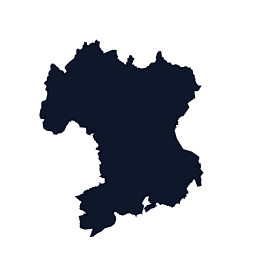 Tepatitlán de Morelos, Jalisco, Mexico, rotated 344°
{"feature_id": "50627088B2236724736063", "entity_name": "Tepatitlán de Morelos", "entity_type": "district", "adm_level": 2, "iso_a3": "MEX", "parent_name": "Mexico", "parent_adm1": "Jalisco", "projection": "natural_earth1", "projection_center": [-102.733, 20.817], "detail": "fine", "context": "isolated", "style": "filled", "palette": "ink", "viewbox_px": 256, "rotation_deg": 344, "n_neighbors": 0, "source": "geoboundaries", "source_scale": "gbopen_adm2", "svg_char_len": 5754}
<svg xmlns="http://www.w3.org/2000/svg" viewBox="0 0 256 256"><g transform="rotate(344 128 128)"><path d="M59.9,192.2L60.0,192.8L63.0,194.8L63.2,195.7L64.3,195.9L64.7,200.1L62.0,198.9L61.5,200.1L57.0,199.8L56.6,206.5L55.8,206.8L55.9,208.2L55.1,209.4L55.1,210.5L56.3,210.4L56.6,211.9L58.1,212.0L58.7,213.1L67.3,214.4L66.7,215.4L66.7,216.5L65.1,217.9L64.9,219.1L64.5,219.1L62.5,221.8L65.0,222.0L66.0,221.0L66.7,221.2L70.0,219.7L70.3,220.0L73.9,219.3L78.1,217.2L84.8,217.3L88.2,215.9L90.7,212.6L91.1,209.9L90.1,206.8L90.4,204.5L91.4,204.7L91.8,203.7L92.3,203.5L93.0,203.7L92.6,204.3L94.2,205.1L95.1,206.6L96.4,207.4L96.5,208.6L98.1,209.3L98.6,209.1L98.9,209.9L99.9,209.4L100.2,209.9L102.7,209.5L103.2,208.8L103.8,209.2L104.3,208.8L104.7,209.5L106.4,209.4L108.3,211.5L111.4,213.0L111.6,214.1L112.2,213.0L113.6,213.3L116.4,213.1L116.6,212.5L117.5,213.5L117.5,212.7L119.9,209.5L121.2,207.0L120.3,205.6L120.0,203.6L126.2,198.0L126.4,198.4L128.3,198.5L129.9,198.0L129.8,200.0L128.1,203.0L128.3,203.7L129.7,204.6L129.0,205.6L130.5,206.6L130.5,207.2L129.4,208.5L128.2,208.0L126.9,208.4L125.3,208.1L124.6,209.1L123.4,209.1L122.1,210.0L122.6,213.3L127.5,211.3L131.5,211.2L131.7,209.6L132.5,209.5L132.5,210.3L133.2,210.4L132.9,210.0L133.0,208.0L135.7,206.8L137.5,208.6L138.1,210.1L140.1,209.8L143.7,212.0L144.8,213.2L145.9,212.9L146.6,214.0L147.5,214.4L148.9,215.9L149.7,215.3L150.6,215.6L151.7,214.2L154.1,213.3L155.5,213.6L156.5,214.3L157.3,212.5L159.0,210.8L161.7,209.7L163.0,210.7L163.5,209.1L164.7,209.4L165.0,207.0L167.5,206.7L167.7,206.0L167.1,204.9L167.0,202.5L166.6,202.0L167.2,201.2L168.9,200.6L169.8,198.9L170.8,199.0L170.9,198.0L171.7,197.9L172.0,197.2L172.9,197.6L175.1,196.5L175.1,195.1L177.6,194.9L178.0,194.4L178.6,194.5L179.2,203.0L182.2,203.1L182.6,199.2L183.2,199.0L183.6,197.8L183.7,195.6L183.3,194.9L183.6,194.5L183.3,194.3L184.5,193.7L184.3,193.2L184.6,192.8L185.8,192.7L185.9,192.1L187.3,191.7L187.3,191.0L186.1,189.9L186.3,189.1L185.5,187.0L186.8,185.2L187.2,182.5L185.4,182.8L186.0,181.8L185.9,178.7L187.4,176.7L187.7,175.5L182.3,168.8L174.7,164.0L171.3,151.8L171.4,142.4L171.9,141.8L172.6,141.9L172.9,139.9L174.1,140.1L174.3,137.5L176.6,137.9L176.9,135.2L177.2,135.3L176.6,133.9L178.6,133.2L178.8,131.4L180.7,131.7L180.8,130.9L181.6,130.9L181.7,130.1L183.5,130.3L183.4,131.0L184.3,131.0L191.9,124.7L191.2,120.7L192.5,119.7L200.3,117.0L201.2,110.2L205.7,110.9L209.0,107.9L207.6,107.6L206.4,106.5L205.2,103.3L205.3,102.0L204.7,101.4L205.7,99.5L205.2,98.3L205.9,96.2L204.6,93.7L205.3,92.3L205.2,90.1L203.2,88.3L203.9,87.7L201.4,86.9L201.0,85.6L200.5,85.7L199.8,85.0L199.0,85.6L195.6,84.8L194.7,85.3L194.3,83.0L193.7,82.9L193.4,82.1L191.8,80.9L191.1,81.2L190.7,80.4L190.0,81.0L189.0,80.6L188.3,81.0L187.3,80.0L188.1,79.9L186.9,79.7L186.4,77.4L183.2,76.7L183.1,74.8L181.1,72.6L180.6,70.9L180.9,70.2L180.0,69.7L179.1,68.2L179.8,67.4L180.2,63.8L178.8,63.4L177.2,64.5L174.8,68.2L174.9,68.8L174.2,69.0L174.7,69.1L175.0,70.9L173.8,71.2L173.7,72.2L171.0,73.1L168.5,72.4L166.6,73.3L165.7,74.9L163.7,74.7L162.2,75.8L157.2,75.3L154.6,73.6L152.2,73.6L152.5,71.6L150.7,70.7L150.4,69.1L147.8,68.4L152.4,62.9L151.5,62.2L150.6,59.3L149.4,59.5L149.4,61.4L147.1,61.5L147.3,62.8L146.6,63.4L146.4,64.4L145.6,64.9L145.3,65.7L144.6,65.5L144.3,67.0L143.5,67.6L141.6,66.0L140.9,64.1L140.3,63.9L137.2,60.1L137.3,59.5L136.1,59.3L136.2,57.6L137.4,56.6L136.7,55.4L137.1,55.2L136.7,52.2L137.5,51.7L137.7,50.3L134.2,49.3L123.5,50.6L124.7,48.2L123.2,45.6L122.9,43.9L122.2,43.7L122.4,43.1L122.0,41.7L122.4,41.4L122.5,40.2L122.9,40.0L122.7,39.4L123.9,37.7L122.5,36.8L121.8,35.3L120.6,36.1L119.4,38.6L117.4,36.7L114.8,37.3L112.4,38.6L110.6,36.8L111.3,35.0L110.1,34.0L109.0,36.0L109.2,37.0L107.7,36.7L106.9,39.2L106.0,39.4L104.6,40.9L104.1,40.1L102.3,40.3L102.2,39.0L101.0,38.6L100.5,39.1L99.1,43.8L97.5,43.8L97.2,44.9L95.8,46.7L90.0,49.1L85.0,51.9L84.3,53.3L85.1,54.5L85.4,57.0L84.6,57.8L82.3,58.7L81.1,58.2L81.2,56.7L80.4,55.2L78.1,54.2L76.9,50.7L75.9,50.0L75.2,48.1L73.5,46.1L72.4,45.9L71.0,47.4L70.9,49.2L70.1,51.3L67.8,52.8L67.0,54.2L67.1,56.2L64.8,57.2L63.5,60.7L61.2,61.2L60.4,62.0L60.6,62.9L61.8,63.6L61.8,66.4L60.0,68.0L60.0,68.8L60.9,69.9L61.0,71.1L60.4,73.6L58.0,78.1L56.4,79.4L53.9,79.2L52.7,79.7L52.0,80.9L51.2,84.4L50.2,86.2L49.4,86.6L47.5,90.5L47.0,91.8L47.2,94.6L50.1,95.6L50.8,96.6L50.7,97.3L49.8,98.3L48.1,99.3L47.3,104.8L49.7,107.7L54.1,109.5L55.2,111.2L55.3,113.0L57.8,114.1L59.9,113.1L61.9,113.8L62.6,113.4L63.3,113.6L66.2,112.0L66.3,111.4L67.7,110.2L68.2,109.1L71.8,106.3L72.2,104.4L74.3,105.4L75.9,104.2L78.5,105.7L78.8,105.4L79.8,107.4L81.2,108.7L82.6,111.1L82.6,113.5L88.5,115.8L87.9,119.3L87.1,121.1L87.9,122.6L89.5,123.7L89.8,122.5L90.9,122.3L90.8,122.7L92.1,122.9L93.2,121.2L94.1,121.7L94.3,122.8L93.9,123.3L94.3,123.9L93.5,125.4L92.7,125.7L93.0,126.6L92.4,127.2L92.9,128.0L92.9,129.4L94.1,129.5L93.4,130.8L94.4,131.6L94.2,133.0L95.3,133.7L95.1,134.1L95.7,136.4L95.3,137.5L95.9,138.0L95.1,138.4L94.7,138.1L93.8,139.0L92.4,138.9L91.9,139.6L94.3,140.9L96.0,143.5L93.9,143.7L94.2,144.5L92.6,144.3L92.7,146.3L93.0,146.2L93.3,147.5L91.8,149.5L93.4,153.3L93.0,156.1L90.9,156.0L91.0,157.6L90.1,159.2L89.7,161.6L89.6,163.9L90.4,165.0L89.9,166.3L88.6,166.8L89.3,167.1L89.8,168.4L91.5,168.7L91.9,169.2L92.5,168.8L92.3,170.2L92.7,170.9L91.8,171.8L92.2,172.7L91.5,173.5L91.7,174.4L89.2,175.3L86.1,174.7L85.9,174.2L85.5,175.8L84.9,175.9L84.7,175.4L83.5,176.4L81.3,176.3L80.7,175.8L79.7,176.4L78.0,175.6L77.0,176.4L75.0,176.1L74.0,177.4L72.2,176.7L71.8,177.2L69.6,176.9L68.0,177.8L68.2,179.1L67.5,179.6L65.8,179.2L64.5,179.9L63.9,179.5L63.3,180.0L59.3,179.9L60.3,181.3L60.9,181.3L61.2,182.7L61.9,182.7L61.9,183.9L63.4,185.0L63.6,187.3L63.4,187.9L62.4,187.8L61.5,188.6L60.5,190.3L60.8,191.3L59.9,192.2Z" fill="#0f172a" stroke="#020617" stroke-width="1.5"/></g></svg>